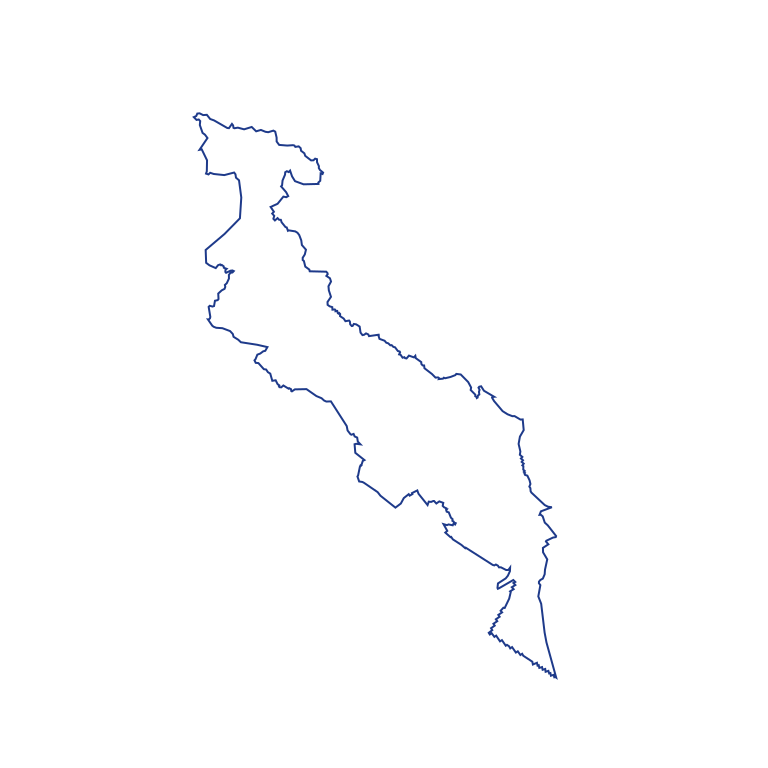 the district of Tlatlauquitepec, Puebla, Mexico, rotated 304°
{"feature_id": "50627088B68450400928549", "entity_name": "Tlatlauquitepec", "entity_type": "district", "adm_level": 2, "iso_a3": "MEX", "parent_name": "Mexico", "parent_adm1": "Puebla", "projection": "mercator", "projection_center": [-97.491, 19.839], "detail": "fine", "context": "isolated", "style": "outline", "palette": "blue", "viewbox_px": 768, "rotation_deg": 304, "n_neighbors": 0, "source": "geoboundaries", "source_scale": "gbopen_adm2", "svg_char_len": 6152}
<svg xmlns="http://www.w3.org/2000/svg" viewBox="0 0 768 768"><g transform="rotate(304 384 384)"><path d="M424.9,394.2L422.8,393.9L421.5,388.8L417.8,388.4L417.2,387.0L417.6,385.9L416.2,384.7L417.5,381.4L417.0,380.0L419.3,379.6L419.7,378.8L419.1,377.0L420.6,372.6L420.0,371.0L420.5,368.6L419.6,367.6L420.1,364.8L419.5,362.8L420.2,360.3L418.9,355.0L421.4,351.9L422.5,352.7L415.3,344.8L416.3,343.3L415.9,340.8L413.7,340.0L412.5,338.8L413.5,335.8L418.0,331.7L417.9,327.6L416.9,325.4L414.6,325.5L414.0,324.8L414.6,322.6L416.7,320.8L417.1,319.6L414.5,316.9L415.7,314.0L415.7,309.6L417.5,308.5L417.8,307.2L416.9,307.0L416.9,306.1L418.4,304.4L417.2,303.1L418.1,302.5L418.3,301.5L416.8,299.7L418.8,298.1L418.0,295.5L418.1,293.0L420.4,291.3L426.6,291.3L430.8,285.9L434.0,283.3L439.3,282.8L441.4,280.1L441.4,275.8L443.6,275.9L444.4,275.0L444.8,273.3L435.9,259.4L437.1,258.1L437.3,253.1L441.2,248.8L441.3,247.3L443.2,246.0L447.1,245.9L451.7,244.2L453.3,238.2L456.8,235.1L460.1,230.4L461.0,227.7L460.9,225.1L458.1,219.1L457.3,218.7L459.4,215.8L459.0,214.6L460.8,208.7L462.4,206.7L461.5,205.2L462.0,203.0L458.6,202.1L459.1,199.9L462.0,199.0L462.8,196.0L465.2,196.4L467.4,191.0L473.9,195.0L483.1,195.8L484.2,198.5L486.2,199.5L488.3,195.6L490.3,188.2L491.7,188.4L496.0,186.1L502.2,184.9L504.3,183.7L506.1,184.5L506.4,186.5L508.4,186.8L504.7,191.7L502.4,196.8L504.6,205.7L513.2,217.8L514.3,216.9L516.8,217.5L523.2,213.7L523.7,215.6L525.2,215.3L525.6,211.3L526.6,209.2L528.2,208.2L530.4,204.5L532.9,202.7L532.3,200.9L530.0,200.4L528.6,198.5L529.1,191.1L530.7,189.0L531.0,184.8L532.9,183.0L533.3,180.4L531.0,177.9L531.6,176.4L531.1,175.0L527.6,170.5L523.6,163.4L525.0,159.4L528.2,157.2L532.4,152.7L532.2,150.6L528.0,147.2L526.8,144.7L525.8,139.9L522.0,136.7L523.1,130.6L516.9,125.6L514.8,119.5L512.4,117.0L512.2,116.0L514.0,114.3L514.6,112.5L509.4,112.4L508.6,110.9L507.5,95.7L506.5,91.7L508.1,86.6L505.8,83.7L505.3,79.8L503.8,78.0L501.2,78.5L498.9,77.1L498.1,80.9L499.7,82.5L499.2,84.6L495.7,86.5L490.7,93.2L490.6,96.1L489.2,100.1L475.0,100.1L476.6,101.7L470.5,112.2L461.2,118.2L458.9,118.8L459.6,121.3L461.9,121.8L462.9,125.4L467.9,134.8L475.5,141.5L474.8,143.6L472.3,145.9L471.8,149.9L458.8,161.4L440.8,171.9L419.2,167.9L395.4,161.2L385.0,168.8L384.8,172.9L386.0,179.7L389.7,180.0L391.5,181.3L391.3,182.5L392.0,182.9L391.9,185.3L390.8,186.2L391.5,189.1L390.1,188.7L388.2,189.8L387.9,190.9L392.1,193.4L393.4,194.9L393.6,196.3L391.7,196.0L390.3,194.5L387.7,194.4L384.7,196.5L379.6,197.3L377.1,196.7L375.8,198.1L373.7,198.6L370.9,197.1L366.3,196.0L361.9,199.3L360.5,199.2L358.5,197.3L353.6,199.5L352.3,198.5L351.4,195.8L349.9,195.5L342.5,202.5L341.1,203.0L339.6,202.7L339.1,201.9L336.3,209.0L336.2,210.8L336.8,213.5L339.9,218.8L341.8,226.8L340.9,230.7L339.0,232.9L339.2,238.4L338.6,242.0L345.6,256.9L349.4,266.7L345.1,267.0L343.6,265.6L340.1,264.4L337.5,262.6L332.7,263.6L331.2,263.4L329.8,265.8L331.1,268.2L329.1,276.1L330.1,278.2L328.9,281.1L329.0,283.9L324.2,289.6L326.5,292.1L324.4,295.8L324.3,298.0L323.5,298.0L322.9,299.1L323.8,300.7L326.5,301.4L326.7,306.6L326.8,307.6L327.5,307.7L327.7,309.8L326.3,311.1L326.4,311.8L329.7,313.1L336.4,322.6L336.2,334.7L337.3,340.2L336.8,343.6L337.2,346.0L339.9,349.7L328.3,376.6L325.1,379.8L323.6,384.3L323.7,385.3L325.6,386.7L324.1,389.0L324.6,391.7L321.6,394.5L320.8,398.2L318.9,394.4L317.6,393.3L310.9,398.7L310.0,410.3L308.4,409.4L304.9,410.4L303.7,410.1L303.7,410.7L301.9,410.3L293.6,413.7L292.5,413.7L289.3,417.9L290.7,420.9L290.9,422.7L290.8,439.2L289.4,443.5L287.9,462.6L294.3,464.8L300.5,464.2L306.5,466.1L305.8,467.7L308.6,469.1L309.2,468.2L314.4,471.1L312.3,474.0L308.0,487.8L311.5,486.9L312.6,489.0L314.6,490.3L315.0,490.9L314.2,494.2L317.6,495.5L318.6,499.6L315.8,500.8L315.4,502.8L315.8,505.2L315.1,505.5L315.4,506.2L314.2,506.1L313.2,507.4L313.8,509.5L310.6,514.2L310.3,516.4L308.8,517.2L308.9,518.7L308.3,519.5L308.7,521.3L307.3,521.5L307.3,519.7L305.3,520.0L303.7,516.1L302.2,515.1L301.1,511.7L297.6,518.6L295.1,517.9L294.9,519.3L294.2,524.8L294.8,525.2L293.7,527.9L293.9,538.2L293.3,543.2L294.0,543.3L294.8,575.3L295.3,576.9L296.9,577.7L297.1,580.0L296.3,581.9L297.4,583.4L298.1,589.3L299.4,591.1L302.3,591.2L299.2,593.1L294.3,593.9L290.9,593.6L282.4,590.0L278.4,592.1L277.9,592.9L279.0,593.6L293.8,600.8L293.3,603.5L291.4,602.6L290.8,605.3L287.0,603.6L286.4,606.2L282.6,604.5L282.4,605.4L276.1,607.8L265.8,609.3L265.3,608.1L261.2,607.5L260.7,609.6L256.5,607.9L255.7,610.0L251.5,608.3L250.7,610.5L246.4,608.8L245.6,610.9L241.4,609.3L240.5,611.4L236.3,610.0L235.5,611.8L237.6,612.6L236.1,616.9L238.1,617.7L235.5,624.1L237.6,625.0L235.1,631.3L236.5,631.8L236.5,634.3L235.4,636.5L237.5,637.3L235.1,643.5L237.2,644.4L235.6,648.6L237.6,649.4L236.6,651.4L236.7,662.3L234.7,664.3L238.4,666.7L236.4,668.8L237.4,669.5L235.5,671.5L237.7,673.3L235.8,675.3L237.9,677.0L235.8,678.9L238.1,680.7L236.4,682.8L237.4,683.6L235.5,685.5L237.8,687.3L236.1,689.2L236.9,689.9L236.9,690.9L260.6,663.2L267.8,656.1L289.7,637.2L294.2,630.7L304.7,626.1L305.5,623.8L306.8,623.0L308.9,623.2L311.5,624.5L316.1,623.6L320.1,621.3L329.9,617.4L333.4,610.0L337.0,607.4L343.0,609.9L344.0,606.3L344.8,606.2L351.2,610.0L353.1,612.0L354.2,611.7L358.4,598.8L359.0,594.8L363.0,589.6L363.3,587.1L362.5,586.1L366.2,585.3L375.7,592.1L374.0,588.6L373.5,585.0L376.4,566.9L377.1,565.5L379.5,563.6L380.2,561.9L383.0,561.3L385.5,558.6L388.2,554.1L387.5,551.8L388.3,550.5L389.1,550.6L389.3,549.1L390.6,549.3L390.9,547.3L393.8,545.5L393.9,544.2L396.1,544.4L396.4,541.7L398.5,541.9L398.8,539.2L400.9,539.5L401.3,536.2L404.3,534.8L409.6,529.1L416.4,526.1L423.9,525.6L432.2,518.8L430.8,517.0L430.4,510.2L429.1,508.4L428.0,503.4L427.8,497.6L431.4,484.8L433.1,481.2L433.8,481.1L435.0,482.5L434.3,470.6L436.4,465.8L435.0,464.5L433.8,464.4L432.6,466.5L430.6,467.1L428.6,468.9L426.9,468.3L425.1,469.2L424.3,468.8L425.0,468.1L424.9,466.5L426.2,465.7L427.5,459.2L429.8,458.2L432.7,452.7L434.8,442.3L432.8,438.3L431.3,438.2L427.0,435.2L422.9,431.4L422.7,430.1L421.4,429.9L418.9,426.9L419.6,426.9L419.7,425.2L418.1,423.1L419.1,418.2L419.7,408.7L421.8,406.9L421.0,405.6L421.5,403.8L423.0,402.6L423.2,395.9L424.9,394.2Z" fill="none" stroke="#1e3a8a" stroke-width="2"/></g></svg>